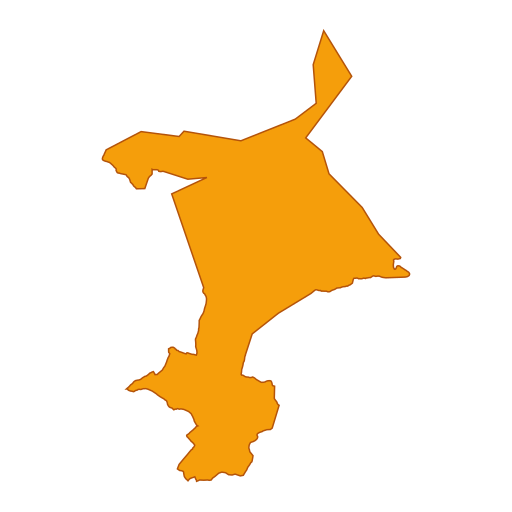 the district of Santa María Alotepec, Oaxaca, Mexico
{"feature_id": "50627088B19376593923850", "entity_name": "Santa María Alotepec", "entity_type": "district", "adm_level": 2, "iso_a3": "MEX", "parent_name": "Mexico", "parent_adm1": "Oaxaca", "projection": "orthographic", "projection_center": [-95.857, 17.081], "detail": "fine", "context": "isolated", "style": "filled", "palette": "amber", "viewbox_px": 512, "rotation_deg": 0, "n_neighbors": 0, "source": "geoboundaries", "source_scale": "gbopen_adm2", "svg_char_len": 6129}
<svg xmlns="http://www.w3.org/2000/svg" viewBox="0 0 512 512"><path d="M179.1,464.4L177.4,468.9L179.7,470.5L181.4,470.7L183.1,471.3L183.5,471.8L183.6,472.6L183.8,473.9L184.1,475.6L184.4,476.7L185.1,477.7L185.8,478.8L186.5,479.3L188.0,480.8L188.4,480.3L189.2,479.3L190.0,478.6L191.9,477.8L193.3,477.4L194.8,476.8L195.3,478.0L195.7,479.1L196.3,479.8L196.6,481.3L198.4,480.6L199.5,480.0L203.8,480.2L207.5,480.0L209.4,480.3L211.2,480.0L212.6,478.1L215.0,476.4L218.7,473.2L221.8,472.1L225.5,472.7L228.6,474.7L232.1,475.0L235.1,474.1L240.3,475.9L243.3,475.3L245.4,471.8L246.7,469.9L247.7,467.4L249.7,464.6L250.9,462.5L251.7,462.0L252.1,461.0L252.7,457.8L253.0,455.7L249.8,451.7L249.4,449.7L248.8,448.0L249.1,445.4L249.7,443.9L250.0,443.3L250.4,442.7L250.9,442.3L251.7,442.0L252.9,441.7L254.9,440.7L255.8,440.0L256.8,439.1L257.4,438.1L257.7,437.1L257.6,436.2L257.2,435.8L257.0,435.0L257.1,434.4L257.3,434.0L258.0,433.3L259.8,432.3L262.1,431.6L263.1,430.9L264.0,430.6L266.8,429.7L270.4,429.5L272.2,428.1L279.1,405.3L278.2,404.7L277.6,404.0L277.2,403.3L277.0,402.3L276.2,401.2L275.7,400.5L274.8,399.4L274.3,398.4L274.6,386.2L272.8,385.7L272.3,385.0L272.1,383.8L271.7,382.3L271.1,381.1L270.1,380.7L268.8,380.7L267.2,380.9L266.0,381.4L264.9,382.0L263.3,382.3L261.1,382.3L258.6,380.8L257.7,380.3L256.2,379.4L254.6,378.0L252.7,377.0L251.2,377.5L249.7,377.6L248.3,377.1L246.5,377.0L245.1,376.6L243.9,375.8L242.7,375.1L241.7,375.2L241.2,374.5L241.3,372.9L241.5,372.3L241.6,370.6L241.8,369.0L242.2,368.0L242.6,366.5L243.0,364.8L243.2,363.2L243.6,362.0L244.2,361.0L244.5,359.4L244.8,356.7L245.4,355.3L245.4,354.8L252.2,333.9L278.4,313.2L310.9,293.5L314.3,290.7L315.5,289.8L316.7,289.8L318.9,290.5L320.6,290.5L321.2,291.1L322.8,291.1L324.5,291.2L326.4,291.2L327.8,291.8L329.0,291.8L329.9,291.6L331.0,290.9L332.2,290.2L334.1,289.6L335.4,289.0L336.7,288.1L339.0,287.8L340.2,287.8L341.5,287.2L342.4,286.9L343.3,286.7L345.1,286.6L346.5,286.1L347.7,286.1L348.8,285.3L350.2,284.8L352.4,283.1L353.3,279.3L353.9,278.3L355.9,278.2L356.9,278.0L357.8,278.3L358.8,278.8L359.4,278.7L361.2,278.8L362.0,278.7L363.8,278.1L365.6,278.5L366.0,278.1L367.7,277.9L369.0,277.6L370.5,277.6L372.5,276.2L373.7,275.8L375.8,276.4L377.5,276.1L379.2,276.1L380.4,276.6L381.6,277.1L382.8,277.4L385.7,277.8L404.7,277.1L405.8,277.0L406.5,276.8L407.4,276.6L408.4,276.0L409.1,275.5L409.4,274.8L409.6,274.2L409.5,273.5L409.0,272.7L408.7,272.3L407.8,271.6L407.2,271.3L406.2,270.5L405.5,270.0L404.9,269.8L404.2,269.2L403.2,268.6L402.2,267.9L401.2,267.5L400.7,266.8L400.1,266.3L399.5,266.0L398.6,265.8L397.8,265.8L397.1,266.1L396.7,266.6L396.1,268.2L395.7,268.9L394.9,269.3L394.3,269.0L394.1,268.4L393.6,267.7L393.4,266.6L393.3,264.7L393.8,261.4L393.5,260.0L394.1,259.3L395.8,258.8L397.4,259.1L398.4,259.0L399.4,258.7L400.3,258.5L400.7,257.4L378.6,234.2L362.2,207.5L329.0,173.8L322.3,151.6L305.7,137.9L351.7,76.3L323.7,30.7L313.2,64.7L316.2,103.3L295.3,119.1L240.9,140.8L184.0,131.2L179.1,136.5L141.1,131.6L106.2,149.8L104.9,152.7L104.4,153.7L104.0,154.9L103.1,156.3L102.4,158.3L102.5,159.5L103.1,160.2L104.5,160.9L106.1,161.4L107.2,161.6L108.2,162.1L109.2,162.3L110.6,163.3L111.4,164.1L111.8,164.4L113.1,165.6L114.0,166.8L114.7,167.5L115.3,167.9L115.9,168.5L116.2,169.1L116.1,170.5L116.5,171.3L116.9,171.9L117.1,172.5L118.2,173.1L118.9,173.0L120.6,173.6L123.2,174.1L125.9,174.7L126.5,175.3L127.0,176.3L127.7,177.0L128.3,177.3L128.9,178.0L129.5,179.0L129.9,180.1L130.2,181.1L130.6,182.4L131.4,183.0L132.3,184.0L132.9,184.5L133.4,185.6L134.1,186.4L135.5,187.5L136.4,188.8L144.8,188.6L148.3,178.3L149.0,177.2L150.0,176.1L151.1,175.2L152.1,174.0L152.1,172.6L152.1,169.3L152.8,169.7L156.8,169.7L157.8,169.9L158.5,170.5L158.8,171.3L160.4,171.6L161.6,171.5L162.3,171.3L163.6,171.4L187.8,179.2L206.9,177.5L171.7,193.9L203.7,287.6L202.9,290.2L202.9,291.8L203.7,293.2L204.6,293.8L205.3,295.2L206.1,296.5L206.5,298.5L206.5,299.9L206.3,301.8L206.1,303.5L205.5,305.6L204.6,308.3L204.0,311.1L203.5,312.4L203.0,313.6L201.6,315.7L200.8,317.1L200.2,318.5L199.2,320.4L199.2,322.7L199.0,327.5L198.6,328.9L198.6,330.5L198.2,331.9L197.9,333.2L197.0,335.2L196.4,337.1L195.5,339.0L195.5,340.3L195.7,342.2L195.8,344.5L195.7,346.7L196.8,350.4L197.0,352.8L196.4,355.1L195.3,354.9L193.8,354.4L192.0,354.3L191.0,354.0L189.1,353.4L188.2,353.0L187.2,352.8L186.6,353.0L186.2,353.8L185.3,353.7L183.9,353.2L181.8,352.4L179.0,351.5L178.0,350.5L176.7,350.3L175.9,349.2L175.3,349.0L174.9,348.3L173.7,347.5L173.0,347.2L171.8,347.3L170.8,347.4L170.2,348.0L168.6,348.8L168.6,351.1L168.7,352.3L169.8,353.7L168.9,356.4L168.2,357.5L167.2,360.0L166.5,362.2L164.9,366.1L163.6,367.8L162.3,370.1L160.7,371.4L158.5,373.2L157.2,374.5L155.0,374.6L154.7,373.8L153.4,371.6L152.5,371.9L151.9,372.1L150.9,372.7L149.8,373.1L148.8,374.1L147.5,375.2L146.0,376.2L145.0,376.3L142.4,377.9L141.1,379.0L140.3,379.5L138.8,380.0L137.3,380.2L135.5,380.6L134.4,381.3L133.6,382.0L133.0,382.9L131.9,384.0L130.7,384.8L129.4,386.3L128.3,387.4L127.5,388.0L126.4,389.0L127.6,389.0L127.6,389.4L128.4,390.2L129.3,390.6L130.8,391.1L131.9,391.2L133.5,391.7L134.3,391.4L135.5,390.5L137.2,390.1L138.0,389.5L139.3,389.3L140.8,389.5L143.2,388.7L144.5,388.7L145.8,388.6L148.0,389.2L152.3,391.1L155.9,393.5L156.6,394.0L157.4,394.8L158.3,395.4L159.8,396.5L162.5,398.1L163.7,398.7L165.0,399.9L166.2,400.5L166.8,401.4L167.3,402.8L167.5,404.2L168.2,405.6L169.2,406.9L170.2,407.5L171.9,408.0L173.8,409.8L174.5,409.5L175.1,409.1L176.3,409.2L177.3,408.6L178.3,408.8L179.2,409.2L180.9,408.9L183.4,409.3L184.3,409.6L188.6,411.5L190.0,412.7L191.1,413.6L192.2,415.7L192.6,416.4L194.0,419.6L194.2,420.9L194.8,422.0L195.3,422.9L196.6,425.1L197.8,425.9L197.2,426.1L196.8,426.2L196.3,426.6L195.6,427.3L195.4,427.8L194.4,428.5L193.9,429.1L193.4,429.6L191.0,431.6L190.5,432.0L189.8,432.6L189.2,433.4L188.3,434.1L187.3,434.7L187.0,434.9L186.7,435.3L186.7,435.8L186.9,436.4L187.1,436.8L187.8,437.3L188.5,438.2L189.7,439.5L190.4,440.3L191.2,441.4L192.3,442.2L193.1,443.0L194.4,444.6L194.7,445.2L194.6,445.6L194.1,446.6L193.8,447.1L192.9,447.9L192.6,448.4L192.5,449.1L191.4,449.7L189.6,451.8L187.0,455.0L183.4,459.2L179.1,464.4Z" fill="#f59e0b" stroke="#b45309" stroke-width="1.5"/></svg>